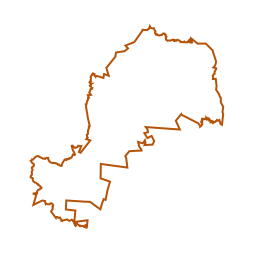 Temósachic, Chihuahua, Mexico (Robinson projection), rotated 186°
{"feature_id": "50627088B70211463313173", "entity_name": "Temósachic", "entity_type": "district", "adm_level": 2, "iso_a3": "MEX", "parent_name": "Mexico", "parent_adm1": "Chihuahua", "projection": "robinson", "projection_center": [-108.063, 28.777], "detail": "fine", "context": "isolated", "style": "outline", "palette": "amber", "viewbox_px": 256, "rotation_deg": 186, "n_neighbors": 0, "source": "geoboundaries", "source_scale": "gbopen_adm2", "svg_char_len": 5754}
<svg xmlns="http://www.w3.org/2000/svg" viewBox="0 0 256 256"><g transform="rotate(186 128 128)"><path d="M157.9,24.7L158.5,24.7L158.6,32.0L171.6,28.9L171.7,40.4L181.3,40.5L181.8,49.5L163.4,50.2L157.9,50.6L150.2,46.0L147.0,44.3L145.9,50.3L144.8,54.7L142.8,54.2L141.9,63.7L140.3,72.8L150.0,75.0L151.3,89.4L124.5,88.6L126.7,98.1L127.7,99.8L124.2,105.1L112.2,107.0L112.6,108.0L115.5,111.6L115.4,112.4L116.5,115.2L112.2,114.3L111.5,114.6L109.9,117.5L109.1,115.0L109.8,112.7L101.8,114.1L100.6,117.6L103.7,122.6L107.6,120.0L111.2,124.6L107.7,125.9L108.4,128.6L110.4,130.8L76.3,131.9L81.2,140.2L76.6,147.2L76.5,146.9L58.8,140.1L56.7,137.9L56.4,136.8L55.1,138.1L55.0,139.0L54.5,139.6L54.7,140.0L54.6,140.6L55.4,141.0L55.9,141.6L55.4,141.9L55.0,142.4L55.5,143.0L55.3,144.9L54.5,145.0L54.1,144.3L53.7,144.3L53.4,144.9L52.5,144.9L52.2,145.4L51.7,145.2L51.3,145.8L51.3,146.2L50.5,145.0L50.4,145.4L49.9,145.4L49.7,145.8L49.5,145.3L49.2,145.4L48.9,145.0L48.8,145.7L48.3,145.7L48.4,144.8L48.2,145.1L47.9,144.4L47.6,143.8L47.3,143.8L46.9,144.0L46.7,143.3L46.5,143.6L45.7,143.6L45.7,142.7L45.3,143.0L44.8,142.3L44.2,142.1L44.0,141.8L43.5,142.1L43.4,142.9L43.6,143.2L43.3,143.1L43.2,142.8L41.9,143.2L41.4,143.7L41.4,144.1L40.9,144.3L40.4,145.3L39.3,144.6L38.7,144.9L38.0,145.5L36.5,141.9L34.9,141.0L34.8,151.8L35.7,153.7L35.5,159.0L38.4,163.2L38.9,167.9L40.0,168.7L40.7,170.7L44.4,175.3L44.3,179.1L45.9,186.1L47.8,185.7L48.7,185.6L48.7,187.4L49.2,188.8L48.5,190.2L48.1,190.2L47.6,190.7L47.5,191.4L47.7,192.1L47.7,193.2L47.3,193.7L47.0,194.9L46.4,196.0L46.9,196.9L49.4,197.2L48.5,198.3L47.6,200.4L47.3,203.2L52.1,214.2L59.5,220.1L67.6,219.2L74.9,223.9L75.0,222.9L74.8,222.6L75.0,222.4L74.4,221.1L73.7,220.8L73.2,220.1L73.4,219.5L75.5,219.7L75.5,220.3L76.0,221.4L75.9,221.7L76.2,222.0L77.1,220.9L77.0,220.5L77.5,219.8L78.1,219.3L78.9,219.5L80.0,219.1L81.0,219.9L82.2,219.0L83.5,219.3L84.7,218.9L85.2,219.8L86.0,220.4L86.7,220.4L88.0,220.9L88.3,220.5L88.8,220.5L89.1,219.8L89.5,219.9L89.8,219.8L90.3,220.2L90.7,219.3L91.3,219.4L91.5,219.9L91.8,220.0L91.8,220.5L92.6,220.5L92.9,220.2L93.5,220.3L93.9,219.8L94.8,219.4L97.3,219.2L97.9,218.9L98.5,219.4L99.0,219.5L99.7,220.6L99.6,221.7L99.9,222.2L99.7,222.5L99.9,222.5L99.8,223.2L100.3,224.2L100.3,224.6L100.6,224.9L100.9,224.6L101.6,225.7L102.8,225.7L103.2,225.1L103.9,224.6L104.0,224.1L104.3,223.8L105.5,223.8L106.7,223.2L108.3,223.5L108.8,224.2L109.4,223.9L109.6,224.3L109.9,224.4L110.2,224.2L110.3,224.6L111.0,225.3L111.1,225.9L110.7,226.5L110.8,227.0L111.1,227.2L111.3,227.7L111.8,228.1L112.8,230.0L114.3,229.4L114.5,229.2L114.3,229.6L115.7,229.9L116.9,231.5L117.2,230.1L117.4,229.6L117.7,228.5L118.9,228.0L119.3,227.3L123.8,227.2L124.1,225.9L130.7,214.1L139.2,209.7L136.3,207.2L139.4,204.1L147.8,201.8L148.1,197.5L155.8,185.5L152.7,178.0L157.4,179.2L157.7,175.2L161.9,176.1L164.6,176.4L165.3,175.7L165.4,176.1L166.0,176.0L166.2,176.4L166.5,176.4L166.7,176.9L166.9,176.9L167.3,177.6L167.2,178.1L167.7,178.0L168.0,178.5L168.7,178.6L169.3,177.5L169.3,176.9L170.4,175.4L170.3,175.2L170.4,174.6L170.1,174.1L169.9,172.8L170.3,171.8L169.7,170.3L170.4,169.9L170.9,169.9L171.0,169.2L170.3,168.9L169.8,168.1L169.0,168.2L169.5,167.8L169.3,167.3L169.4,166.9L169.9,166.8L170.4,166.3L170.0,165.7L169.4,165.7L168.7,164.4L167.8,164.1L168.2,163.4L168.0,163.2L168.6,162.8L169.0,163.0L169.2,162.8L169.1,162.6L169.2,162.1L169.4,162.1L169.4,161.8L169.8,160.2L170.3,159.2L168.3,157.1L171.3,156.5L170.1,154.2L170.9,154.1L170.8,151.6L171.4,150.9L171.8,147.1L172.2,147.0L171.9,146.7L172.1,145.1L170.2,138.4L169.0,133.9L166.3,126.1L166.6,126.0L166.7,125.4L167.1,125.4L167.2,125.2L166.7,124.4L167.5,121.6L167.3,117.7L168.3,116.9L167.7,115.1L167.7,114.5L167.2,114.2L168.3,112.6L164.2,111.7L172.6,98.4L174.3,99.0L172.6,105.2L175.7,105.1L176.0,104.0L177.2,103.2L177.8,103.2L178.1,102.8L179.5,103.0L180.1,103.8L181.6,104.7L182.1,104.4L180.6,100.2L178.8,97.8L177.6,95.0L177.9,95.4L179.0,95.6L179.2,96.0L179.5,95.7L180.1,95.8L180.8,93.2L181.6,92.3L182.4,92.2L182.7,91.9L182.4,91.8L182.7,91.5L183.0,91.6L184.0,91.2L184.0,90.8L185.0,90.8L185.1,90.5L186.0,90.6L186.2,89.7L187.7,90.0L189.5,86.3L190.1,83.4L190.5,83.2L192.3,83.7L192.4,84.1L193.0,84.5L193.6,84.6L193.9,84.3L194.9,85.1L195.9,85.2L196.1,85.5L198.2,85.4L198.6,85.6L199.3,85.3L201.1,85.6L202.8,86.6L203.1,87.3L204.0,88.3L204.2,89.9L206.2,89.8L206.6,89.1L207.2,88.6L208.1,89.0L209.0,88.6L211.1,89.3L212.1,89.8L213.0,89.9L213.4,90.4L215.1,90.7L216.9,89.7L219.1,86.8L219.6,86.6L220.0,86.7L220.0,86.4L221.2,85.3L220.8,85.1L220.6,84.5L219.8,83.3L218.1,82.5L217.8,82.0L217.8,80.2L218.1,79.8L219.0,79.5L219.5,78.2L219.3,77.5L218.5,76.6L219.2,74.2L218.6,71.9L219.0,71.0L219.6,70.2L219.7,68.7L217.7,68.3L217.3,67.8L217.4,66.7L217.1,66.0L216.5,65.0L215.0,64.1L213.6,63.9L211.9,62.4L211.6,62.7L211.2,62.5L210.6,61.7L209.6,61.2L209.3,60.8L208.4,60.2L207.7,59.3L207.9,59.0L208.7,58.9L209.2,57.9L211.0,57.0L211.9,55.2L211.5,53.8L211.7,53.5L212.4,53.4L212.8,53.6L215.8,52.8L212.2,52.0L214.1,41.6L205.7,46.9L202.8,46.7L202.7,45.8L202.0,44.1L201.8,44.5L201.6,44.4L200.1,43.7L197.9,44.0L197.4,44.9L196.2,45.2L194.6,43.9L194.3,43.3L194.5,42.5L194.9,42.2L194.5,41.4L194.7,40.6L194.4,39.4L195.5,37.8L195.7,36.8L190.3,31.0L190.1,31.9L189.1,32.2L188.2,31.8L188.0,31.4L186.2,31.8L186.1,31.5L186.3,31.1L184.8,30.1L184.6,29.3L184.7,28.8L183.8,28.5L182.9,29.4L178.8,30.7L177.1,29.6L176.0,29.7L175.6,30.2L174.3,30.9L173.4,30.4L173.0,29.6L172.5,29.5L171.9,29.0L171.8,28.0L170.5,26.2L170.4,25.5L169.9,25.1L169.5,25.5L169.9,26.1L169.8,27.5L169.5,27.7L169.2,28.4L168.9,28.5L168.8,27.7L167.0,26.3L166.6,26.3L165.8,25.4L165.1,25.5L165.6,26.5L164.5,25.5L162.4,26.0L162.0,25.9L161.3,25.0L160.5,25.1L160.2,25.5L160.0,26.5L160.1,27.9L159.5,26.5L159.4,25.1L159.1,24.5L157.9,24.7Z" fill="none" stroke="#b45309" stroke-width="2"/></g></svg>